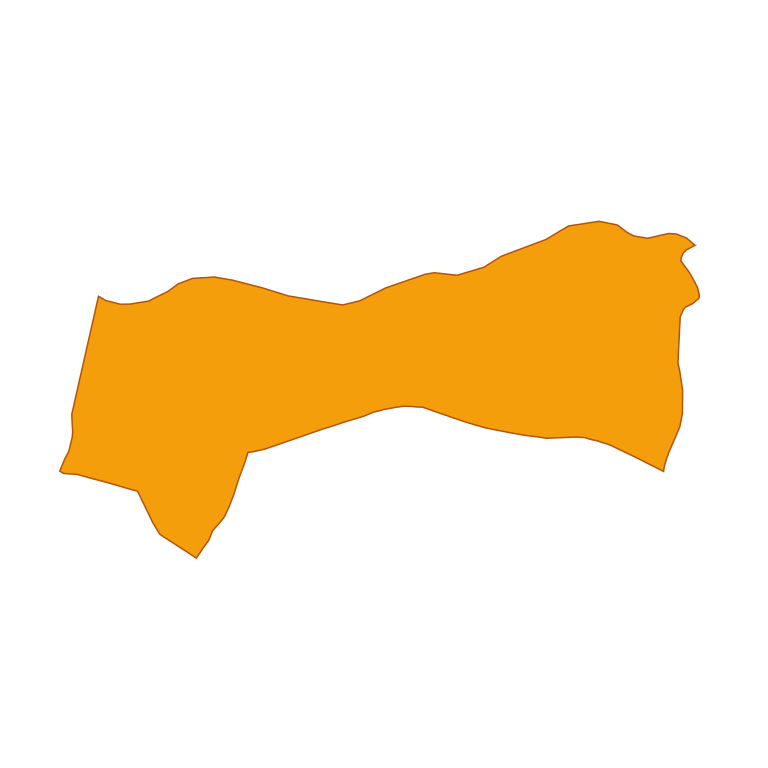 Kota Palangka Raya, Kalimantan Tengah, Indonesia, rotated 103°
{"feature_id": "22746128B5087893857208", "entity_name": "Kota Palangka Raya", "entity_type": "district", "adm_level": 2, "iso_a3": "IDN", "parent_name": "Indonesia", "parent_adm1": "Kalimantan Tengah", "projection": "robinson", "projection_center": [113.758, -2.011], "detail": "fine", "context": "isolated", "style": "filled", "palette": "amber", "viewbox_px": 768, "rotation_deg": 103, "n_neighbors": 0, "source": "geoboundaries", "source_scale": "gbopen_adm2", "svg_char_len": 4692}
<svg xmlns="http://www.w3.org/2000/svg" viewBox="0 0 768 768"><g transform="rotate(103 384 384)"><path d="M178.9,112.2L178.9,112.3L175.3,119.0L173.7,122.2L173.5,123.4L172.8,128.4L172.1,133.2L172.1,133.3L172.4,135.2L173.3,140.4L174.3,142.6L177.9,150.1L178.0,150.1L182.4,159.3L182.6,159.8L182.7,160.2L183.1,166.6L183.3,169.2L183.3,169.3L183.4,171.1L183.4,172.2L183.5,173.9L183.1,175.5L182.1,179.9L180.6,183.4L180.5,183.5L177.2,191.0L176.6,192.3L177.1,211.1L177.7,212.5L187.6,237.5L188.4,239.7L190.5,241.8L191.7,243.1L191.8,243.2L194.2,245.7L196.7,248.3L198.8,250.4L199.2,250.9L207.0,259.0L207.5,259.8L208.4,261.1L208.5,261.3L216.1,272.8L218.1,275.8L218.6,276.5L220.1,278.8L222.4,282.3L233.1,298.4L242.2,307.4L242.3,307.5L247.7,312.9L249.8,316.4L249.8,316.6L250.5,317.8L251.1,318.7L252.9,321.9L260.3,335.0L261.6,337.3L262.5,344.7L264.2,359.3L264.2,359.8L264.3,359.9L265.7,363.6L266.1,364.4L266.1,364.5L267.8,368.5L269.4,371.1L270.8,373.3L274.7,379.6L278.0,384.9L278.3,385.3L290.1,404.1L290.4,404.5L291.1,405.3L293.3,408.0L294.8,409.8L308.5,426.5L316.3,442.1L317.5,460.5L318.4,475.7L319.7,496.9L319.7,497.6L319.2,504.4L317.6,525.4L317.6,526.9L317.1,547.5L316.9,555.0L317.1,558.3L317.9,573.2L321.5,585.4L324.2,594.4L332.6,606.8L332.8,607.0L332.7,607.1L332.9,607.2L342.1,615.1L351.6,626.6L354.4,629.9L355.8,631.4L355.9,631.5L363.3,649.5L365.5,658.6L365.6,659.4L365.2,674.0L363.6,679.3L362.8,681.9L363.0,681.9L467.0,681.5L483.7,681.4L487.8,680.3L488.3,680.1L489.0,679.9L489.6,679.8L497.9,677.4L498.1,677.3L501.5,676.4L506.3,675.8L512.2,675.9L514.9,675.9L520.7,676.0L528.8,678.2L541.8,680.3L542.2,679.2L542.4,678.6L542.7,677.6L542.9,677.1L543.2,676.0L542.3,670.0L541.9,667.5L541.7,666.6L541.5,665.1L541.4,664.5L541.1,662.9L541.8,646.4L542.2,633.3L542.2,632.6L542.2,632.4L542.2,632.1L542.2,631.9L542.6,626.0L542.6,625.0L543.4,611.9L543.4,611.7L543.5,609.7L543.7,605.9L543.9,600.0L544.0,599.9L545.9,598.4L546.0,598.3L569.7,579.2L569.9,579.1L571.4,577.9L571.9,577.4L575.4,573.9L578.6,570.8L578.9,570.5L580.0,569.4L581.0,568.4L582.4,564.5L582.6,564.1L591.9,538.3L592.1,538.1L592.5,536.8L595.9,527.7L595.7,527.6L586.8,524.2L586.2,524.0L585.0,523.5L575.9,519.7L572.6,519.1L565.4,517.9L562.1,516.1L561.7,516.0L561.6,515.9L561.2,515.6L557.7,513.7L550.5,510.1L547.4,509.2L538.3,507.3L531.8,506.4L531.1,506.3L525.3,505.5L519.2,505.0L509.3,504.2L502.3,503.3L491.9,502.0L489.5,501.7L487.2,501.6L484.8,501.4L484.6,501.4L481.3,501.2L479.5,496.4L474.0,485.1L472.7,483.0L471.3,480.8L469.6,478.0L458.6,460.5L449.8,446.5L447.8,443.4L444.2,437.5L441.2,432.8L437.5,426.3L429.6,413.5L429.6,413.4L429.5,413.2L429.4,413.0L429.3,412.9L429.1,412.5L429.1,412.4L428.5,411.4L427.3,409.3L424.9,405.2L420.2,396.9L420.1,396.7L419.9,396.4L419.8,396.2L415.4,390.2L413.8,388.0L410.7,381.6L408.9,378.7L407.8,376.0L407.7,375.9L406.2,372.2L406.0,371.7L404.3,367.8L403.7,366.4L403.0,364.3L401.3,360.1L401.0,359.2L400.9,358.9L400.6,356.7L400.3,355.0L400.0,354.1L399.0,347.0L397.9,341.2L398.3,337.3L398.7,333.6L399.7,324.8L400.0,322.1L400.5,317.2L400.6,316.5L400.8,314.3L401.2,311.0L402.8,295.0L403.8,277.0L403.9,275.2L403.9,274.4L403.9,274.2L403.9,273.4L403.7,267.5L403.5,261.8L403.5,261.7L403.2,252.8L402.8,244.4L402.7,242.0L402.3,235.0L401.0,223.1L400.5,216.2L400.3,213.5L400.3,213.2L400.2,213.0L400.1,212.7L399.4,210.1L399.1,209.0L398.8,207.9L398.2,205.9L398.0,205.2L397.7,204.1L396.3,198.8L395.9,197.3L395.9,197.2L393.0,187.2L392.3,183.4L391.3,177.6L391.0,176.3L391.3,172.7L391.5,168.8L391.4,166.1L391.4,164.1L392.1,155.6L392.6,150.0L392.6,149.9L397.0,130.5L397.5,128.2L399.0,121.4L399.1,121.2L399.2,120.8L399.5,119.4L402.3,108.2L403.0,105.1L405.6,94.8L406.3,91.9L403.6,92.2L403.2,92.2L401.5,92.3L400.9,92.3L396.6,92.1L396.4,92.0L396.1,92.0L395.7,92.0L394.3,92.0L392.1,91.8L390.5,91.5L390.1,91.5L388.8,91.2L388.1,91.2L387.2,91.2L384.6,90.7L375.2,89.0L369.2,87.9L366.1,87.4L362.3,86.7L360.7,86.4L360.0,86.3L359.5,86.2L359.1,86.1L357.8,86.2L357.3,86.2L357.1,86.2L355.6,86.3L354.4,86.3L354.2,86.3L347.0,86.6L345.2,86.7L337.8,88.3L337.7,88.4L332.8,89.4L329.0,90.3L323.0,91.6L307.3,97.8L304.6,98.9L304.3,99.0L303.9,99.2L297.5,102.3L285.4,104.5L283.9,104.8L280.2,105.4L262.7,108.6L260.3,109.0L256.9,109.6L252.3,110.5L252.2,110.5L249.8,110.1L244.3,109.1L244.1,109.0L242.8,108.3L240.8,107.1L239.0,104.7L236.4,101.5L229.8,96.5L229.6,96.5L228.7,96.5L227.8,96.5L226.9,96.5L226.3,96.8L226.0,97.0L220.5,99.7L219.6,100.2L216.1,103.1L214.9,104.0L214.7,104.2L214.2,104.7L210.0,108.4L207.0,111.2L206.9,111.3L205.8,112.5L205.2,113.2L200.0,119.3L199.9,119.4L198.2,121.4L197.3,122.5L197.1,122.5L195.7,122.6L194.6,122.7L194.3,122.7L194.2,122.7L190.2,122.2L189.3,122.0L185.5,119.7L178.9,112.2Z" fill="#f59e0b" stroke="#b45309" stroke-width="1.5"/></g></svg>